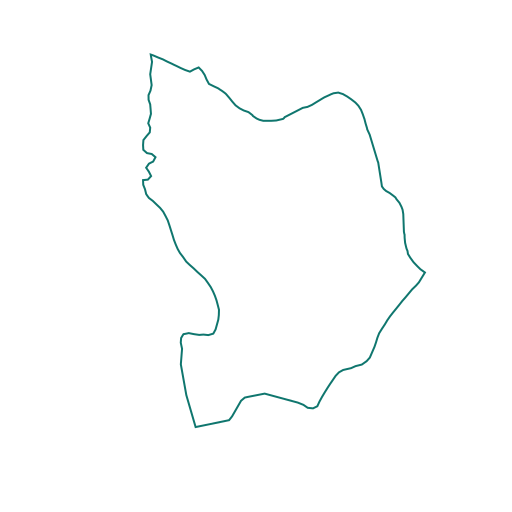 At Talh, Shabwah, Yemen, rotated 289°
{"feature_id": "15242507B56657496284853", "entity_name": "At Talh", "entity_type": "district", "adm_level": 2, "iso_a3": "YEM", "parent_name": "Yemen", "parent_adm1": "Shabwah", "projection": "albers", "projection_center": [47.44, 15.093], "detail": "fine", "context": "isolated", "style": "outline", "palette": "teal", "viewbox_px": 512, "rotation_deg": 289, "n_neighbors": 0, "source": "geoboundaries", "source_scale": "gbopen_adm2", "svg_char_len": 3012}
<svg xmlns="http://www.w3.org/2000/svg" viewBox="0 0 512 512"><g transform="rotate(289 256 256)"><path d="M412.2,90.9L410.1,92.0L405.7,94.5L393.4,96.8L383.6,101.7L378.0,102.4L373.1,102.0L368.7,103.6L364.9,106.6L360.6,108.5L356.2,110.4L351.3,110.7L346.4,110.9L342.9,114.2L338.3,115.3L333.8,113.5L329.0,111.8L324.1,113.1L319.7,114.9L317.8,119.4L318.5,124.2L316.7,128.8L311.8,128.0L310.0,126.2L308.4,124.7L303.7,123.4L300.8,127.3L297.4,130.8L293.0,128.9L291.0,124.5L286.6,126.2L283.0,129.3L278.8,132.0L277.3,134.0L276.0,135.9L274.5,140.5L272.4,145.0L270.3,149.6L267.7,153.8L264.2,157.6L260.9,161.0L256.6,164.3L252.4,167.4L248.5,170.3L244.6,173.1L240.7,176.4L237.2,179.6L234.1,183.1L231.2,187.5L228.0,191.8L226.0,196.2L224.0,201.1L221.9,205.6L219.9,210.4L217.8,215.2L214.9,219.3L211.9,223.3L208.5,226.9L205.0,230.1L201.2,233.1L197.2,235.8L193.1,238.5L188.0,240.1L183.9,241.0L183.2,241.1L178.4,241.4L173.4,241.7L168.7,240.9L165.7,236.7L164.6,231.9L162.9,228.0L161.9,222.7L161.2,217.5L159.8,215.2L158.5,212.9L157.4,212.6L154.1,211.9L149.5,213.1L145.0,215.8L144.2,216.3L129.1,220.2L101.8,235.4L74.6,254.6L92.0,284.0L96.6,285.6L114.3,289.0L118.5,291.5L120.3,294.5L128.7,309.0L131.0,343.2L130.7,349.3L129.3,354.3L130.5,359.5L133.9,362.9L139.0,363.4L144.3,364.3L149.5,365.4L154.3,366.5L159.1,367.7L163.8,369.0L168.6,370.3L173.0,372.3L176.6,375.5L178.8,379.0L180.9,382.4L184.3,386.0L187.8,391.4L192.7,394.9L197.0,396.7L203.6,397.2L208.6,397.6L213.3,397.6L218.2,397.4L223.1,397.6L228.3,398.8L233.3,400.1L238.1,401.1L242.7,402.4L247.3,404.0L251.9,405.7L256.6,407.4L261.2,409.0L265.8,410.9L270.3,412.6L275.3,414.5L279.6,416.7L280.2,417.0L284.1,418.6L289.1,419.7L295.4,421.1L297.0,415.8L298.8,412.0L300.3,409.1L301.4,407.0L302.5,405.4L304.7,402.3L307.4,399.0L310.1,397.6L312.0,395.9L314.0,394.6L317.0,392.7L321.6,390.6L324.6,389.5L325.1,389.1L327.0,388.0L343.6,381.6L347.5,379.5L349.9,377.5L353.0,374.3L355.4,370.4L356.8,368.7L357.7,366.2L359.1,361.8L359.8,357.9L361.0,354.9L362.8,352.4L366.5,350.5L384.2,341.1L385.5,340.0L407.7,324.0L412.1,319.8L412.8,319.5L413.5,319.0L416.8,316.6L418.6,315.4L420.9,313.9L421.6,313.3L424.7,310.9L428.4,307.7L431.4,303.9L433.1,300.7L433.6,299.6L435.2,294.9L436.5,290.2L437.0,287.5L437.4,285.5L437.3,282.2L437.3,280.6L435.1,276.3L433.2,274.1L431.8,272.7L428.3,269.0L425.6,266.7L424.6,265.9L420.9,262.8L417.1,259.7L413.7,256.1L412.9,254.7L411.3,252.0L396.6,237.9L395.3,237.5L394.4,236.9L390.7,231.0L388.6,225.9L386.2,218.9L385.9,214.9L386.2,211.8L387.4,207.5L388.0,206.8L389.2,203.3L389.6,202.0L389.6,201.6L389.6,197.0L390.3,192.3L391.8,187.6L394.4,183.1L395.5,181.4L397.0,179.0L398.1,177.1L398.6,176.3L399.6,174.5L400.4,172.2L401.1,169.9L401.7,167.4L402.1,166.1L402.3,165.0L402.6,161.9L402.8,160.2L403.4,155.5L406.7,151.9L407.0,151.6L410.4,148.6L413.4,144.8L415.6,140.4L412.4,136.8L408.8,133.5L408.8,129.0L408.8,128.5L409.2,123.7L409.8,118.9L410.1,116.0L410.4,113.8L410.9,108.8L411.2,106.6L411.6,104.0L411.8,99.0L412.2,93.7L412.2,90.9Z" fill="none" stroke="#0f766e" stroke-width="2"/></g></svg>